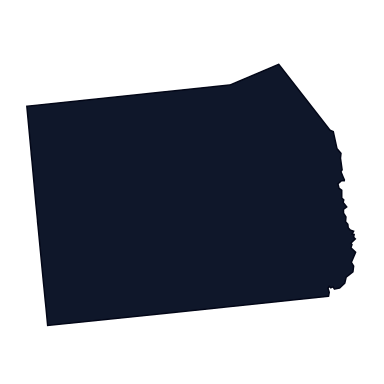 Tooele, Utah, United States of America (Robinson projection), rotated 354°
{"feature_id": "52423323B26439828706648", "entity_name": "Tooele", "entity_type": "district", "adm_level": 2, "iso_a3": "USA", "parent_name": "United States of America", "parent_adm1": "Utah", "projection": "robinson", "projection_center": [-112.693, 40.491], "detail": "fine", "context": "isolated", "style": "filled", "palette": "ink", "viewbox_px": 384, "rotation_deg": 354, "n_neighbors": 0, "source": "geoboundaries", "source_scale": "gbopen_adm2", "svg_char_len": 1037}
<svg xmlns="http://www.w3.org/2000/svg" viewBox="0 0 384 384"><g transform="rotate(354 192 192)"><path d="M344.6,196.7L344.8,195.8L343.9,193.1L342.2,187.3L343.6,185.7L343.2,173.9L344.2,169.1L340.7,164.0L338.8,146.7L336.1,145.2L335.9,145.1L335.1,144.0L330.1,135.9L291.6,74.1L241.2,89.5L175.0,89.5L36.7,89.5L36.2,135.4L36.1,137.9L36.1,138.0L36.1,144.6L35.5,188.7L35.5,190.9L35.5,191.2L35.4,204.1L35.3,205.2L35.3,210.5L35.0,243.9L34.8,267.1L34.8,269.6L34.8,270.9L34.7,284.5L34.7,291.2L34.5,309.6L166.8,309.9L316.9,309.9L318.0,306.1L317.2,301.9L318.5,300.1L320.0,301.8L322.3,301.0L323.5,303.4L328.8,302.9L334.4,298.6L336.4,292.8L343.7,288.2L345.0,282.6L343.1,278.6L347.4,270.9L348.4,269.0L344.2,264.1L345.6,261.0L344.6,259.5L349.5,255.7L348.0,253.9L348.8,251.2L346.8,250.5L348.6,247.9L345.4,246.4L343.6,243.9L343.6,240.4L341.6,237.6L342.5,232.9L340.5,228.9L340.8,225.1L344.3,223.0L341.2,218.2L342.1,215.7L340.3,213.7L341.1,205.9L338.6,203.6L338.0,199.1L341.8,196.4L344.6,196.7Z" fill="#0f172a" stroke="#020617" stroke-width="1.5"/></g></svg>